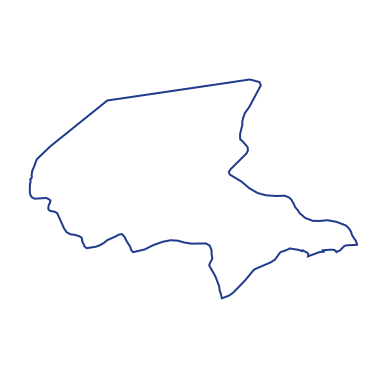 SVG path tracing the border of Shabwah, rotated 356°
{"feature_id": "YEM-336", "entity_name": "Shabwah", "entity_type": "Governorate", "adm_level": 1, "iso_a3": "YEM", "parent_name": "Yemen", "parent_adm1": "", "projection": "albers", "projection_center": [47.196, 14.654], "detail": "fine", "context": "isolated", "style": "outline", "palette": "blue", "viewbox_px": 384, "rotation_deg": 356, "n_neighbors": 0, "source": "natural_earth", "source_scale": "10m", "svg_char_len": 1968}
<svg xmlns="http://www.w3.org/2000/svg" viewBox="0 0 384 384"><g transform="rotate(356 192 192)"><path d="M353.8,256.2L341.8,256.0L340.1,256.6L335.5,260.6L334.6,261.0L333.7,261.1L332.9,261.3L332.0,262.1L330.1,259.8L326.5,259.2L318.6,259.3L318.9,259.7L319.3,260.7L315.1,260.8L303.2,264.3L303.7,261.8L302.1,260.1L299.8,258.9L298.2,257.8L297.5,258.6L294.7,257.3L285.5,255.1L284.0,255.9L278.5,257.6L276.7,257.9L275.3,258.9L270.1,265.2L265.5,267.7L249.7,273.2L247.5,274.7L239.1,283.6L225.9,295.4L222.0,297.8L214.5,300.2L214.4,300.1L213.5,294.7L212.7,292.1L212.5,287.9L209.4,277.7L204.0,266.4L205.1,263.9L206.4,262.0L207.7,259.3L207.2,255.9L207.4,251.1L205.9,246.7L202.3,244.3L188.1,243.5L181.2,242.0L174.6,239.6L167.3,238.6L159.4,239.6L149.1,242.5L140.9,246.0L129.0,247.9L127.2,245.4L126.6,242.5L123.1,236.0L121.6,232.1L119.2,229.1L116.2,229.4L113.0,230.9L103.9,234.2L100.8,236.5L97.0,238.4L92.3,239.9L83.0,240.7L80.8,238.5L80.4,236.7L79.4,234.9L79.3,233.5L78.9,232.3L79.0,231.0L78.7,229.9L76.7,228.4L72.4,226.6L67.7,225.7L64.1,223.3L61.9,219.6L56.2,204.0L53.8,202.1L49.4,201.1L47.5,199.4L47.7,196.8L48.4,194.7L49.7,192.5L50.2,190.6L48.4,189.0L46.1,187.8L34.6,187.7L32.3,186.4L31.1,184.9L30.2,181.9L30.5,176.2L31.0,173.0L31.7,170.2L31.7,168.9L31.5,168.0L32.8,167.1L33.3,165.7L33.2,163.9L34.1,159.7L36.5,155.2L37.4,153.0L39.5,148.5L53.8,136.6L113.9,94.8L257.6,83.8L266.9,87.0L268.1,90.4L254.9,111.4L250.4,116.7L248.1,121.9L247.0,125.6L247.0,128.2L244.1,137.2L243.8,140.1L243.8,142.8L246.3,145.4L250.6,151.1L250.7,154.3L249.1,157.3L232.5,171.6L230.1,174.6L230.9,177.2L242.3,185.2L249.6,192.4L257.4,197.6L265.4,200.4L275.9,201.9L283.5,202.1L286.0,203.0L288.7,204.4L290.7,206.8L292.7,211.0L293.8,214.3L296.3,217.6L297.8,220.5L302.9,225.6L310.4,229.2L317.2,229.8L325.2,229.6L333.9,231.8L343.3,236.2L345.6,238.8L347.1,241.1L348.0,243.1L348.3,245.0L348.9,246.7L351.8,251.8L352.6,253.9L352.8,255.3L352.9,256.1L353.8,256.2Z" fill="none" stroke="#1e3a8a" stroke-width="2"/></g></svg>